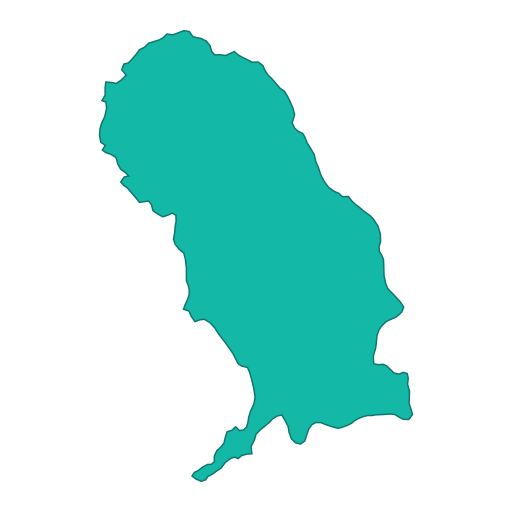 the district of Juramento, Minas Gerais, Brazil
{"feature_id": "56859067B1388258583014", "entity_name": "Juramento", "entity_type": "district", "adm_level": 2, "iso_a3": "BRA", "parent_name": "Brazil", "parent_adm1": "Minas Gerais", "projection": "equal_earth", "projection_center": [-43.566, -16.852], "detail": "fine", "context": "isolated", "style": "filled", "palette": "teal", "viewbox_px": 512, "rotation_deg": 0, "n_neighbors": 0, "source": "geoboundaries", "source_scale": "gbopen_adm2", "svg_char_len": 3263}
<svg xmlns="http://www.w3.org/2000/svg" viewBox="0 0 512 512"><path d="M136.3,54.2L132.0,59.2L128.3,63.0L123.9,64.0L121.7,69.8L126.2,75.1L121.3,80.0L116.3,83.5L111.6,82.5L105.8,82.0L105.1,87.8L105.1,95.3L101.9,100.6L106.0,102.0L106.6,108.4L104.7,116.7L101.8,122.8L100.1,128.4L99.5,135.1L100.8,142.3L105.3,145.4L102.3,150.1L106.0,152.7L110.5,154.1L116.0,157.5L117.8,164.0L120.6,169.2L125.1,172.4L128.8,175.9L124.2,177.0L120.7,182.0L123.7,185.3L127.6,188.2L132.1,193.5L135.6,197.5L139.5,202.4L144.6,201.6L148.7,201.0L151.5,204.8L153.0,210.8L157.7,214.0L162.9,216.8L168.3,215.0L172.1,213.1L175.9,215.2L176.1,221.3L175.2,226.2L174.8,231.8L173.5,239.3L175.2,244.3L179.3,249.4L183.8,253.1L185.4,259.3L186.4,267.9L186.4,274.3L186.4,280.7L188.3,285.6L189.3,289.8L189.1,295.1L187.5,299.7L185.3,304.4L183.5,309.2L188.8,310.9L191.2,316.2L194.9,321.6L199.6,319.9L204.2,319.2L210.0,322.7L214.8,327.9L218.2,333.4L221.3,337.4L225.1,342.4L230.3,349.6L233.3,354.2L235.7,359.0L238.1,363.7L241.5,366.0L247.5,367.5L249.7,372.5L251.4,378.5L253.0,384.9L254.3,391.5L255.1,397.2L253.9,404.0L250.6,411.0L248.7,417.0L248.0,422.0L246.7,426.8L243.6,430.0L239.4,430.5L235.6,426.8L231.9,430.3L227.2,431.7L225.1,438.0L224.0,443.1L220.8,447.1L216.9,450.6L214.3,456.1L214.3,461.8L211.3,464.3L207.4,464.5L202.6,467.1L198.1,470.6L194.5,472.3L192.0,476.0L195.8,479.0L201.3,481.3L205.7,479.8L208.0,476.3L211.7,474.6L215.8,471.6L221.2,468.0L225.4,462.3L230.3,458.6L234.6,457.1L238.1,458.6L241.8,455.5L247.1,454.1L251.9,453.8L251.0,446.8L254.5,439.7L256.0,434.3L260.0,430.1L265.0,426.0L268.9,422.8L272.7,418.8L277.1,416.0L281.9,415.0L285.2,420.8L288.2,426.6L289.0,432.0L291.4,438.9L295.6,442.9L300.5,444.0L304.8,441.0L306.8,434.6L308.9,428.8L311.9,424.7L315.6,422.6L320.8,422.6L326.0,424.7L332.4,426.8L337.9,428.3L342.2,427.3L346.9,425.5L351.5,423.3L354.5,420.8L357.7,418.8L362.9,416.7L367.5,415.5L372.0,415.5L376.1,414.8L381.7,414.6L386.0,414.3L390.5,414.0L395.0,414.6L399.4,417.3L403.3,419.3L408.7,419.5L412.5,414.6L410.7,408.2L409.1,403.6L409.3,398.0L409.5,391.3L407.6,384.4L408.2,378.2L407.2,373.5L403.1,372.3L399.2,374.2L394.0,373.0L389.7,368.9L386.9,366.0L383.2,364.3L378.7,364.7L373.7,363.8L373.3,356.0L375.5,348.7L376.3,343.4L376.9,335.7L379.2,329.4L382.2,325.4L386.2,321.6L390.6,319.4L395.5,317.4L399.0,314.7L401.8,311.9L403.7,307.2L400.7,302.4L396.8,298.1L393.6,294.6L390.4,291.4L387.7,288.4L385.6,283.3L384.0,275.4L383.8,267.3L383.5,259.6L381.7,255.1L379.3,251.3L379.1,246.5L380.6,241.6L380.3,233.8L378.0,226.3L373.9,219.7L370.2,215.7L366.1,212.8L362.6,210.1L359.0,207.0L355.3,204.3L352.1,201.3L348.4,196.5L342.4,196.7L339.1,193.5L334.3,191.4L328.8,187.5L324.4,181.8L321.0,175.4L318.2,166.9L315.6,161.2L314.3,154.7L310.6,148.4L307.1,142.9L304.8,136.9L302.6,133.4L297.4,130.8L294.6,128.1L292.1,122.8L294.6,114.9L293.1,108.6L290.1,101.6L287.5,96.4L284.5,91.3L280.2,88.4L275.6,83.1L272.1,79.0L268.1,75.1L265.1,70.7L262.9,65.6L258.2,62.0L252.3,62.3L246.5,59.3L242.2,57.3L238.1,54.8L234.2,51.5L229.9,53.6L225.5,55.5L220.2,54.7L214.9,55.0L211.7,51.5L210.0,45.5L206.1,41.0L201.2,38.5L197.2,37.7L193.0,36.8L189.3,31.5L183.7,30.7L178.3,32.8L172.7,34.9L167.0,34.0L163.4,37.5L159.5,39.8L154.7,41.3L148.7,43.2L144.4,47.3L139.5,49.7L136.3,54.2Z" fill="#14b8a6" stroke="#0f766e" stroke-width="1.5"/></svg>